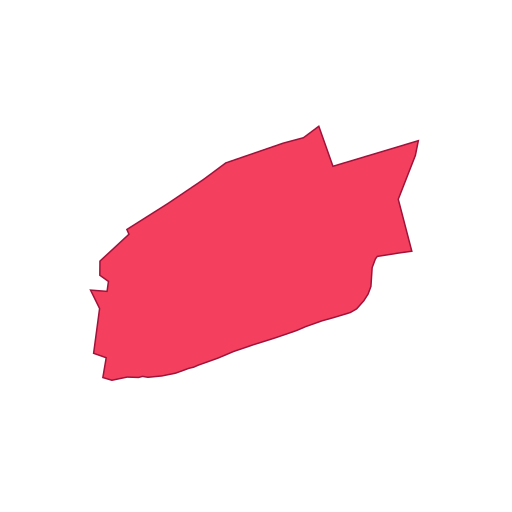 the district of Alat, Bukhoro, Uzbekistan, rotated 304°
{"feature_id": "79887680B15595975584782", "entity_name": "Alat", "entity_type": "district", "adm_level": 2, "iso_a3": "UZB", "parent_name": "Uzbekistan", "parent_adm1": "Bukhoro", "projection": "mercator", "projection_center": [64.051, 39.204], "detail": "fine", "context": "isolated", "style": "filled", "palette": "rose", "viewbox_px": 512, "rotation_deg": 304, "n_neighbors": 0, "source": "geoboundaries", "source_scale": "gbopen_adm2", "svg_char_len": 775}
<svg xmlns="http://www.w3.org/2000/svg" viewBox="0 0 512 512"><g transform="rotate(304 256 256)"><path d="M205.8,134.1L203.0,138.5L164.5,129.5L152.7,137.3L152.4,147.9L143.4,152.3L135.2,137.9L125.0,155.7L84.5,175.8L87.9,188.7L69.6,197.0L72.4,206.0L83.6,216.9L89.6,226.5L92.8,229.3L95.0,234.2L103.9,245.0L114.1,255.0L125.3,263.1L129.0,266.5L133.3,269.2L150.3,281.7L164.3,290.8L180.8,303.3L199.4,318.1L216.9,331.3L225.3,336.7L239.1,346.9L250.2,356.3L261.9,365.8L268.5,369.0L279.2,370.4L287.2,370.2L295.0,368.3L311.3,358.8L320.4,356.6L323.5,356.8L335.1,369.3L337.6,371.9L347.1,382.5L382.6,342.2L428.5,331.9L442.4,326.1L373.4,269.6L398.7,235.5L380.6,229.2L364.6,215.3L316.3,178.9L289.9,169.6L250.5,153.7L205.8,134.1Z" fill="#f43f5e" stroke="#9f1239" stroke-width="1.5"/></g></svg>